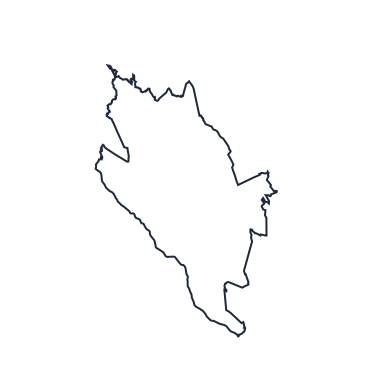 the district of Praulienas pag., Madona, Latvia, rotated 65°
{"feature_id": "27541924B69241742641881", "entity_name": "Praulienas pag.", "entity_type": "district", "adm_level": 2, "iso_a3": "LVA", "parent_name": "Latvia", "parent_adm1": "Madona", "projection": "natural_earth1", "projection_center": [26.349, 56.815], "detail": "fine", "context": "isolated", "style": "outline", "palette": "slate", "viewbox_px": 384, "rotation_deg": 65, "n_neighbors": 0, "source": "geoboundaries", "source_scale": "gbopen_adm2", "svg_char_len": 5935}
<svg xmlns="http://www.w3.org/2000/svg" viewBox="0 0 384 384"><g transform="rotate(65 192 192)"><path d="M342.3,211.3L342.2,210.3L341.1,209.6L341.4,209.0L341.5,208.6L341.5,207.2L341.3,206.3L340.8,205.0L340.5,203.4L339.2,202.6L339.1,202.3L338.0,201.4L337.1,202.2L336.6,201.3L335.8,201.5L334.3,200.9L334.1,201.0L331.6,200.5L331.8,202.5L318.3,207.9L316.0,209.1L313.5,210.9L294.6,204.1L296.4,202.8L295.3,202.2L294.0,202.8L291.0,202.4L289.1,200.7L289.4,200.1L288.6,198.8L289.0,197.0L299.9,186.9L299.7,183.8L299.8,180.9L299.7,179.9L298.1,179.6L297.8,179.0L289.3,178.1L289.2,178.7L285.5,178.3L263.3,159.4L262.6,158.6L261.8,158.4L258.2,157.8L257.2,156.8L256.4,156.6L255.7,156.1L253.4,156.2L250.8,155.0L250.9,154.8L250.7,154.4L251.8,153.5L252.2,153.9L255.8,152.4L255.7,152.2L256.0,152.1L257.0,150.9L260.3,148.4L259.5,147.7L263.0,143.0L263.0,142.9L247.1,135.6L246.4,135.5L244.0,135.7L239.5,133.1L238.2,134.7L234.9,135.0L234.4,134.8L234.0,134.5L233.0,131.3L228.7,132.1L227.5,130.1L230.7,129.8L231.4,129.9L233.4,127.7L234.9,127.2L232.9,126.0L226.1,126.5L226.7,125.7L226.7,124.9L226.9,124.5L228.5,123.3L228.9,122.6L228.6,122.1L227.8,121.7L227.6,121.4L228.0,115.6L227.9,115.3L227.0,114.8L226.5,115.2L226.6,115.7L226.2,116.1L226.2,117.3L220.0,118.7L219.3,117.7L219.0,117.5L212.7,119.1L209.9,115.9L209.0,116.1L207.0,114.5L206.3,114.9L205.6,114.9L206.4,115.8L206.6,116.3L206.1,118.0L204.0,120.9L204.0,121.1L204.1,121.3L204.4,121.5L204.1,123.4L205.1,123.5L204.9,130.1L205.1,147.3L199.1,146.8L197.2,146.4L187.0,145.4L186.6,145.2L185.1,143.3L184.6,142.9L180.4,142.9L173.6,143.4L173.3,143.3L173.1,142.8L171.8,140.1L171.6,139.9L171.0,139.7L169.0,140.1L165.8,139.7L157.0,141.1L153.7,143.0L147.6,143.5L145.7,144.7L144.7,145.9L144.1,146.3L140.9,146.6L136.9,150.4L135.7,151.1L133.3,151.1L132.0,151.5L131.6,151.4L131.7,151.2L130.7,151.2L130.3,151.0L130.3,150.9L129.7,150.8L128.9,151.6L128.5,151.6L127.9,151.3L126.4,151.7L126.5,152.5L126.0,153.0L98.7,146.8L95.8,146.8L90.4,147.9L90.8,148.9L91.2,149.5L91.2,150.9L91.9,151.9L100.1,158.9L100.3,158.9L101.0,159.4L101.1,159.6L100.8,160.1L100.9,160.3L101.4,161.3L101.4,161.6L101.1,161.8L100.3,161.7L100.5,162.2L100.2,162.6L100.2,162.9L98.8,164.1L98.6,164.6L98.7,164.8L99.0,165.3L98.0,166.1L97.5,166.9L96.5,167.5L96.0,167.6L95.9,168.8L93.2,168.7L93.0,168.8L91.9,168.4L91.4,168.7L91.2,168.5L88.5,169.0L88.2,169.4L88.6,170.3L91.0,173.4L93.5,182.2L94.6,183.8L94.8,184.7L94.7,185.0L92.6,186.8L92.0,186.5L91.8,186.2L90.4,185.4L90.2,185.4L90.3,186.0L89.9,186.5L88.1,187.0L86.7,186.9L83.4,187.6L82.4,187.3L81.3,187.3L80.8,187.1L80.7,186.9L80.4,187.0L80.0,187.4L79.8,187.9L80.2,188.9L79.6,189.0L80.8,189.4L81.0,190.0L81.2,191.5L80.7,191.4L80.8,192.5L80.8,194.4L80.5,194.5L79.9,195.5L78.9,195.9L78.1,195.2L76.4,195.3L76.1,196.1L75.1,196.3L74.2,197.2L74.2,197.6L73.7,197.7L73.1,199.0L69.5,197.7L68.9,197.1L68.5,196.3L66.6,197.3L62.1,195.2L60.9,195.8L65.0,197.6L64.1,198.2L64.6,198.9L64.5,199.5L63.9,199.6L64.2,200.1L65.5,199.8L67.2,200.0L67.5,200.4L68.7,201.1L67.6,201.7L66.5,201.4L65.6,201.9L65.3,202.1L65.6,202.6L64.8,203.0L63.3,202.9L62.2,203.4L62.4,204.0L61.8,204.4L60.9,207.0L61.0,207.2L59.2,208.2L58.1,209.1L56.8,209.6L56.0,209.5L55.9,211.9L55.7,212.5L55.2,212.4L54.0,212.1L53.4,212.1L53.5,211.7L53.4,211.4L52.7,211.0L52.0,211.0L51.2,209.3L49.5,210.0L49.4,210.3L48.7,210.3L48.5,210.6L48.2,212.0L49.0,212.1L48.9,212.6L49.0,213.1L53.9,212.8L55.9,213.5L57.2,214.7L56.9,215.0L56.8,216.2L57.1,216.5L57.9,216.4L58.5,217.0L58.6,217.4L59.1,217.9L60.6,218.2L62.5,217.9L62.7,218.0L63.2,218.6L63.7,218.8L65.4,218.5L68.1,217.8L69.3,218.2L70.5,218.9L72.4,219.4L72.7,219.7L72.8,220.0L73.3,220.4L73.1,221.0L73.6,221.1L73.8,221.0L74.1,221.2L74.8,221.2L75.5,221.9L75.6,222.2L75.0,222.6L75.1,223.4L74.8,224.5L75.4,225.9L77.0,226.8L77.4,227.4L77.2,227.8L77.3,228.0L78.1,228.7L77.4,230.0L77.8,230.6L77.9,232.0L78.9,231.9L79.6,232.4L80.3,232.2L80.6,232.5L80.4,232.9L80.8,233.1L83.1,232.7L83.7,232.5L84.5,232.5L84.8,232.9L84.7,233.2L84.6,234.4L85.4,234.7L85.8,235.1L85.7,235.7L85.9,236.0L85.5,236.2L86.0,236.6L86.2,236.9L86.7,236.7L87.4,237.1L89.6,235.5L90.0,235.7L90.5,235.3L90.7,234.9L91.3,234.5L91.6,234.1L92.1,234.0L93.7,234.1L96.2,234.0L103.4,234.2L122.8,234.5L124.9,231.9L125.8,232.3L133.0,234.2L133.6,234.5L134.0,235.0L137.0,236.4L137.5,236.8L137.0,238.1L124.0,246.7L116.8,251.1L114.1,252.4L112.6,252.2L111.5,252.9L113.5,255.8L114.3,255.3L115.2,256.8L116.3,255.9L116.9,256.5L116.9,258.4L122.7,258.6L123.9,259.8L122.5,260.1L123.5,260.7L123.7,262.3L123.3,262.5L124.6,263.9L126.5,267.5L127.9,267.9L130.4,269.5L132.9,268.3L134.6,267.1L136.5,266.6L138.1,266.9L141.7,268.1L142.7,268.6L144.4,268.9L148.5,268.1L151.4,268.1L152.5,267.8L156.4,266.2L158.4,264.6L160.1,263.9L163.2,263.6L165.6,263.6L167.4,263.1L169.4,263.3L171.5,262.3L173.9,261.6L176.3,260.1L182.7,257.0L185.1,256.8L185.5,256.5L186.1,255.5L186.4,254.6L186.7,254.2L187.5,253.8L188.0,253.6L189.7,254.0L191.1,253.9L191.8,253.7L193.3,252.3L195.1,251.0L195.9,250.9L198.0,251.2L198.6,251.0L199.0,250.9L200.2,249.5L200.7,249.3L203.3,249.3L205.2,249.1L206.8,248.6L209.3,247.1L209.8,247.0L210.5,247.2L212.0,247.8L213.5,248.0L215.4,247.7L219.6,246.6L220.2,246.6L223.0,247.1L226.3,248.0L226.9,248.1L227.7,247.9L230.9,245.7L234.2,243.7L234.8,243.4L238.6,243.1L239.9,242.4L240.7,241.3L241.2,239.7L242.8,236.0L243.2,235.4L243.9,234.9L248.9,233.7L250.7,233.4L252.9,232.7L253.6,232.3L254.5,230.8L255.6,230.2L257.4,230.0L258.4,230.1L264.1,231.7L264.7,231.7L266.0,231.4L266.6,231.5L267.5,231.8L269.0,233.0L271.1,233.7L274.4,235.2L275.9,235.7L278.5,235.4L281.5,235.8L284.8,235.8L287.7,236.8L293.1,237.0L295.0,237.5L296.5,237.3L297.9,236.7L301.0,234.4L304.3,232.4L307.9,231.4L310.3,231.3L311.6,231.1L316.1,229.4L317.1,228.3L318.0,226.8L323.3,222.5L326.1,219.1L327.4,218.0L328.8,217.4L333.9,216.1L334.8,215.6L337.5,213.1L338.5,212.4L340.4,211.4L342.3,211.3ZM43.7,212.7L42.5,213.7L41.7,214.8L45.6,214.1L45.6,213.4L47.6,213.0L47.8,212.6L43.7,212.7Z" fill="none" stroke="#1e293b" stroke-width="2"/></g></svg>